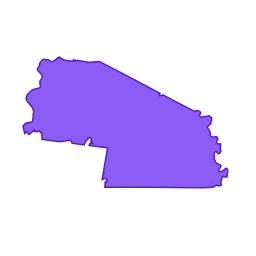 Miguel Alemán, Tamaulipas, Mexico, rotated 278°
{"feature_id": "50627088B85594866218636", "entity_name": "Miguel Alemán", "entity_type": "district", "adm_level": 2, "iso_a3": "MEX", "parent_name": "Mexico", "parent_adm1": "Tamaulipas", "projection": "natural_earth1", "projection_center": [-99.092, 26.233], "detail": "fine", "context": "isolated", "style": "filled", "palette": "violet", "viewbox_px": 256, "rotation_deg": 278, "n_neighbors": 0, "source": "geoboundaries", "source_scale": "gbopen_adm2", "svg_char_len": 5702}
<svg xmlns="http://www.w3.org/2000/svg" viewBox="0 0 256 256"><g transform="rotate(278 128 128)"><path d="M81.0,219.9L82.5,222.1L82.8,222.4L83.2,222.6L83.3,222.8L83.4,223.0L83.5,223.8L83.5,225.7L83.5,226.0L83.5,226.5L83.7,227.2L84.0,227.9L84.1,228.0L84.3,228.2L84.6,228.4L84.8,228.4L85.0,228.4L85.4,228.3L85.9,227.9L86.2,227.7L86.9,227.6L87.4,227.6L87.7,227.6L90.1,227.7L90.3,227.7L90.7,227.9L92.0,228.1L92.4,228.3L92.8,228.5L93.0,228.7L93.2,229.0L93.3,229.0L93.1,230.0L92.9,230.7L92.9,231.3L93.0,231.9L93.2,232.6L93.3,232.8L93.5,233.0L93.8,233.0L94.9,232.8L95.5,232.7L96.1,232.7L98.2,232.8L99.4,232.8L100.0,232.6L100.7,232.4L101.2,232.1L101.6,231.6L101.8,231.2L101.8,230.9L101.7,230.8L101.6,230.6L101.2,230.0L99.5,228.6L98.9,227.8L98.3,227.1L97.9,226.4L97.7,226.2L97.6,225.9L97.6,225.5L97.6,225.3L97.6,225.0L97.7,224.8L97.8,224.5L98.0,224.3L98.1,224.1L98.4,223.8L98.6,223.7L98.8,223.7L99.0,223.7L99.6,223.7L99.9,223.8L100.3,224.0L101.0,224.5L101.8,224.9L102.6,225.2L103.3,225.3L103.6,225.2L103.8,225.1L104.1,224.8L104.3,224.4L104.7,223.0L105.1,221.6L105.3,221.1L105.5,220.7L105.9,220.0L106.1,219.8L106.5,219.5L107.0,219.2L108.4,218.3L108.9,218.0L109.5,217.8L109.8,217.8L110.7,217.7L111.0,217.7L111.7,217.5L112.6,217.2L113.1,217.1L113.7,217.0L114.5,216.9L115.0,216.8L115.5,216.9L115.8,217.0L116.0,217.1L116.3,217.4L116.5,217.8L116.7,218.4L116.7,218.6L116.7,218.9L116.6,219.1L116.0,219.8L115.9,219.9L115.6,220.4L115.2,221.3L115.1,221.5L115.8,222.2L116.2,222.6L116.6,222.8L117.1,223.0L117.5,223.2L117.8,223.2L118.2,223.2L118.7,223.1L119.8,222.4L120.2,222.3L120.8,222.2L121.3,222.1L121.8,222.1L122.7,222.1L123.0,222.1L123.3,222.0L124.6,222.1L125.0,221.9L125.2,221.5L125.2,221.3L125.1,220.8L125.0,220.6L124.8,220.0L124.8,219.7L124.8,219.4L124.9,219.1L125.1,218.7L125.5,218.2L125.9,217.9L126.1,217.9L127.0,217.8L127.6,217.7L127.8,217.7L128.1,217.8L128.4,218.0L128.8,218.4L129.1,218.5L129.3,218.6L129.5,218.6L129.8,218.5L131.2,217.6L131.4,217.4L131.5,217.2L131.7,216.8L131.7,216.6L131.6,216.4L131.3,215.5L131.0,214.4L130.9,213.9L130.9,213.6L131.0,212.0L131.1,211.7L131.2,211.4L131.4,211.2L131.8,210.9L132.5,210.6L133.1,210.4L134.2,210.3L135.1,210.0L136.2,209.4L136.6,209.0L137.7,208.2L138.1,207.9L138.4,207.6L138.9,207.0L139.3,206.6L139.5,206.5L139.7,206.4L140.0,206.4L140.3,206.5L141.0,207.1L141.9,207.6L142.2,207.8L142.4,208.0L142.7,208.4L142.9,208.8L143.1,209.0L143.4,209.3L143.8,209.4L144.3,209.5L144.9,209.4L145.5,209.2L146.0,209.2L146.3,209.3L147.3,209.7L147.7,209.7L148.3,209.6L148.6,209.5L148.9,209.5L149.6,209.5L149.9,209.3L150.0,209.2L150.1,208.8L150.2,208.3L150.2,208.2L150.3,208.0L150.4,207.9L150.9,207.4L151.1,207.3L151.2,207.1L151.3,206.9L151.3,206.4L151.2,205.9L151.0,205.4L150.5,204.5L149.9,201.7L149.6,200.9L148.9,199.4L148.9,198.7L149.3,198.0L149.9,197.3L150.4,196.9L150.8,197.0L151.3,197.3L152.0,197.6L152.8,197.8L153.4,197.7L153.8,197.5L154.8,195.3L155.0,194.6L154.9,194.0L154.6,193.2L154.3,192.5L153.6,191.9L161.6,169.1L165.7,157.8L165.3,157.6L165.1,157.3L164.8,156.6L164.8,156.4L164.7,156.2L164.6,155.5L164.5,155.2L164.4,155.0L164.5,154.6L164.5,154.4L165.2,154.2L165.5,154.3L165.6,154.5L166.1,154.3L166.5,154.6L166.8,154.8L180.1,118.1L189.9,90.2L187.6,80.6L187.9,70.4L187.9,66.9L186.8,66.9L188.0,64.4L186.4,64.4L186.4,63.9L186.4,56.2L186.1,56.1L186.3,55.4L188.6,50.3L187.9,50.0L188.3,49.4L187.6,48.7L187.0,47.9L186.3,47.5L185.5,46.7L184.9,46.0L184.2,45.1L183.1,44.4L183.0,44.2L182.9,43.9L182.9,43.1L183.0,42.6L183.2,42.2L183.9,41.1L184.2,40.5L184.3,40.1L184.4,37.9L184.4,36.5L184.3,35.3L184.1,34.6L183.7,34.0L183.3,33.6L180.9,32.1L180.3,31.8L179.4,31.5L178.9,31.5L178.4,31.6L177.4,31.6L176.7,31.6L176.4,31.4L175.7,31.0L174.9,30.4L174.6,30.2L174.1,30.1L173.6,30.1L173.0,30.2L172.5,30.5L172.1,30.9L170.1,33.5L169.5,34.3L168.9,34.9L168.5,35.3L168.1,35.5L167.7,35.7L167.3,35.8L166.9,35.9L166.1,35.9L164.3,35.3L163.3,34.9L162.6,34.4L161.8,34.3L161.0,34.3L160.2,34.5L159.2,34.8L157.9,35.3L157.4,35.4L156.5,35.4L156.0,35.2L155.6,34.9L154.8,33.5L154.5,32.9L153.9,31.0L153.6,30.2L153.3,29.6L153.1,29.3L152.5,28.6L152.3,28.3L152.0,27.6L151.9,27.3L151.6,27.0L151.2,26.7L150.2,26.0L149.7,25.7L149.2,25.4L148.7,25.0L147.9,24.5L147.6,24.2L147.4,23.9L147.1,23.7L146.4,23.5L144.9,23.1L144.3,23.0L143.7,23.0L143.1,23.1L142.5,23.2L142.0,23.5L141.3,23.9L140.4,24.5L140.0,24.8L139.6,25.2L139.2,25.9L138.7,26.5L137.7,27.6L137.2,28.1L136.2,29.1L136.0,29.5L135.6,29.8L134.6,30.6L133.3,31.3L131.9,32.2L131.5,32.4L131.1,32.4L130.2,32.5L128.7,32.2L127.9,32.2L127.1,32.3L126.0,32.7L125.4,32.7L123.4,32.4L122.8,32.7L122.5,32.8L122.3,32.9L121.8,32.6L121.1,32.3L120.6,31.8L120.2,30.7L120.1,30.3L119.8,30.2L119.6,29.8L119.5,29.4L119.3,29.0L119.2,28.3L119.3,28.0L119.0,26.9L118.7,26.3L118.3,25.8L117.3,25.1L115.8,24.2L115.3,24.0L115.1,23.7L112.8,24.6L111.5,25.2L110.0,25.7L108.3,26.5L109.0,26.9L109.2,26.6L110.0,27.2L109.8,28.0L107.8,31.1L112.9,35.4L112.5,35.5L111.6,35.2L111.6,36.8L111.6,38.7L111.8,38.3L111.9,39.0L112.2,39.2L112.8,41.2L111.2,41.9L111.3,43.3L104.8,44.4L104.8,46.2L104.8,51.5L104.8,53.0L104.9,60.2L104.9,62.3L107.9,73.0L105.1,74.8L105.2,85.9L105.2,87.0L107.4,87.3L108.8,88.2L109.9,88.4L111.0,89.9L112.8,89.7L113.3,92.4L111.9,92.9L112.0,93.1L111.4,93.4L111.3,93.6L110.3,93.9L110.2,93.8L109.9,93.2L109.6,93.1L109.4,92.9L109.3,93.0L109.0,93.1L108.6,94.8L107.8,95.2L107.3,92.9L107.2,92.5L107.2,92.3L106.8,92.3L105.3,91.9L105.3,92.6L105.5,110.6L94.8,110.2L88.1,110.0L82.6,109.8L80.3,109.8L80.3,110.2L78.8,110.2L78.6,110.1L78.6,109.7L73.3,109.6L73.8,110.6L74.6,110.7L74.7,114.0L73.7,114.0L72.9,114.7L72.4,114.6L71.8,114.1L71.5,114.1L71.5,113.0L70.0,113.0L68.0,113.6L68.0,113.2L66.6,113.2L66.1,113.3L68.8,131.8L72.7,160.5L79.0,208.8L81.0,219.9Z" fill="#8b5cf6" stroke="#5b21b6" stroke-width="1.5"/></g></svg>